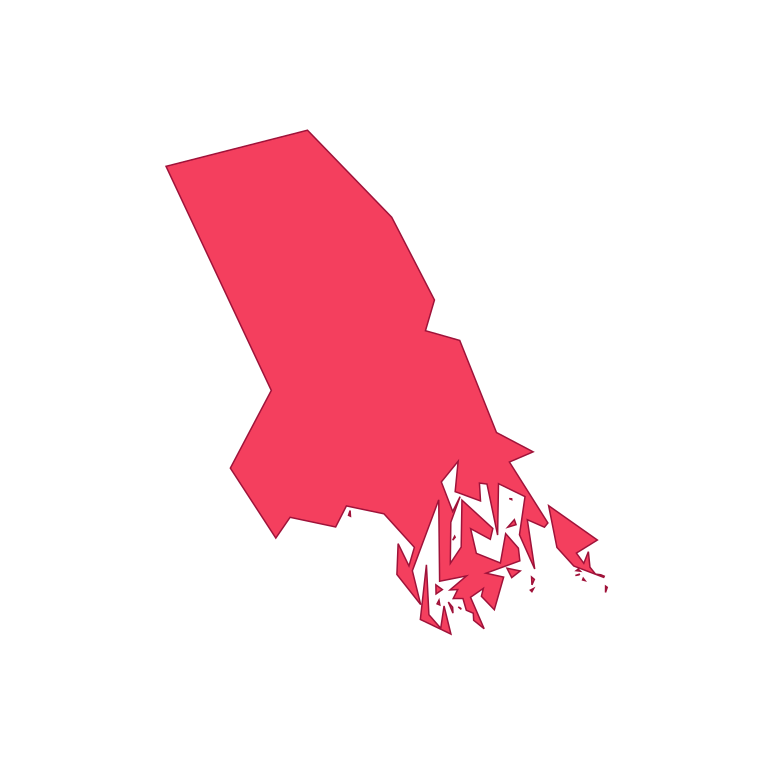 the district of Marlborough District, Marlborough District, New Zealand, rotated 111°
{"feature_id": "76426892B14162355231744", "entity_name": "Marlborough District", "entity_type": "district", "adm_level": 2, "iso_a3": "NZL", "parent_name": "New Zealand", "parent_adm1": "Marlborough District", "projection": "robinson", "projection_center": [173.954, -41.576], "detail": "medium", "context": "isolated", "style": "filled", "palette": "rose", "viewbox_px": 768, "rotation_deg": 111, "n_neighbors": 0, "source": "geoboundaries", "source_scale": "gbopen_adm2", "svg_char_len": 1964}
<svg xmlns="http://www.w3.org/2000/svg" viewBox="0 0 768 768"><g transform="rotate(111 384 384)"><path d="M174.5,546.4L258.9,665.5L430.4,486.9L517.6,497.3L566.6,429.8L542.1,423.9L534.8,377.9L511.3,375.4L505.2,337.5L525.6,297.1L544.9,295.5L528.0,313.6L557.2,303.7L576.8,270.7L548.2,290.6L472.5,291.4L548.2,261.4L533.6,238.2L552.6,248.6L549.5,241.5L559.5,242.5L556.0,233.4L565.7,226.1L566.0,218.5L572.5,215.6L576.6,202.8L552.1,226.8L539.2,218.0L547.3,217.0L555.2,200.1L521.4,203.1L524.1,221.0L500.4,193.8L489.1,199.7L480.1,216.8L509.4,211.2L509.0,237.1L488.0,251.3L490.9,229.1L479.9,230.6L464.5,269.6L508.6,253.5L527.7,257.8L489.1,272.1L461.9,272.6L478.4,274.2L454.9,295.4L429.5,287.1L459.0,279.0L458.6,252.0L442.3,259.4L440.5,252.0L484.3,223.8L436.0,241.4L438.6,212.0L476.2,203.5L502.7,177.0L459.3,201.6L460.2,182.9L455.0,181.2L411.9,239.0L393.9,220.5L389.0,261.6L316.2,328.9L319.4,364.4L287.5,367.0L225.6,436.5L174.5,546.4ZM485.8,109.6L484.5,109.5L484.4,113.3L485.7,118.4L481.2,126.1L467.3,133.1L479.8,133.2L472.9,143.8L453.2,128.9L438.6,186.7L474.6,164.0L485.9,141.6L485.8,109.6ZM593.5,231.9L569.7,248.4L591.7,243.5L583.3,259.4L537.6,279.6L590.8,265.7L593.5,231.9ZM519.0,195.4L509.7,189.8L511.9,203.2L519.0,195.4ZM561.3,260.2L555.0,255.8L552.9,263.6L561.3,260.2ZM473.4,217.2L468.0,210.3L463.9,213.7L473.4,217.2ZM518.5,173.9L512.5,173.6L511.3,177.1L518.5,173.9ZM499.2,102.5L493.8,102.7L493.3,104.7L499.2,102.5ZM519.5,367.9L514.3,370.3L519.3,370.1L519.5,367.9ZM564.5,245.8L573.2,237.5L567.8,239.9L564.5,245.8ZM570.3,252.7L566.1,255.2L570.2,255.7L570.3,252.7ZM489.4,137.7L488.4,133.6L487.2,136.4L489.4,137.7ZM524.9,171.5L521.2,171.0L524.0,173.5L524.9,171.5ZM505.2,263.9L501.6,262.6L500.8,263.5L505.2,263.9ZM565.5,234.8L566.7,231.2L565.9,232.1L565.5,234.8ZM493.9,128.4L495.8,128.4L495.5,125.8L493.9,128.4ZM492.3,133.6L491.2,133.1L494.2,136.7L492.3,133.6ZM445.4,223.7L446.1,226.0L446.2,223.3L445.4,223.7Z" fill="#f43f5e" stroke="#9f1239" stroke-width="1.5"/></g></svg>